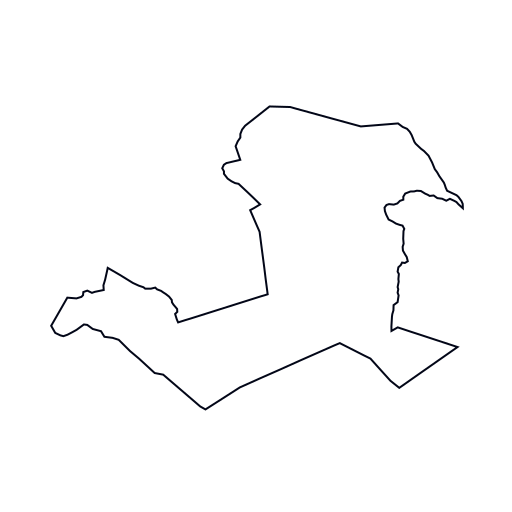 outline of Pesqueira, Pernambuco, Brazil, rotated 84°
{"feature_id": "56859067B17199071441830", "entity_name": "Pesqueira", "entity_type": "district", "adm_level": 2, "iso_a3": "BRA", "parent_name": "Brazil", "parent_adm1": "Pernambuco", "projection": "natural_earth1", "projection_center": [-36.75, -8.43], "detail": "fine", "context": "isolated", "style": "outline", "palette": "ink", "viewbox_px": 512, "rotation_deg": 84, "n_neighbors": 0, "source": "geoboundaries", "source_scale": "gbopen_adm2", "svg_char_len": 2513}
<svg xmlns="http://www.w3.org/2000/svg" viewBox="0 0 512 512"><g transform="rotate(84 256 256)"><path d="M139.0,100.9L138.1,138.2L126.8,167.2L114.1,199.7L111.4,206.5L108.7,226.9L118.7,242.7L125.3,253.2L128.8,256.6L133.0,258.8L136.6,259.2L140.1,262.2L144.7,264.8L158.7,261.6L160.5,275.7L161.9,278.4L165.2,280.4L168.5,279.0L170.9,279.3L176.1,276.1L179.1,272.6L181.3,269.2L182.4,265.8L191.4,258.0L197.5,252.8L205.1,246.5L208.1,252.9L209.8,257.0L225.1,252.2L232.3,249.9L245.4,249.6L268.1,249.0L279.9,248.8L295.3,248.4L295.9,251.3L296.6,255.2L311.4,327.8L312.4,333.1L313.9,340.4L310.7,341.4L305.2,342.5L303.3,340.1L300.4,340.0L295.7,343.2L293.3,344.4L290.9,344.4L287.3,346.7L284.3,349.8L282.4,352.2L280.8,354.0L278.8,357.9L276.9,359.5L277.5,363.9L276.9,369.6L275.3,371.2L273.3,375.6L269.9,381.3L260.7,393.2L252.3,404.7L255.4,405.7L263.7,408.5L269.2,410.8L273.9,411.0L274.8,420.1L275.5,423.0L272.8,427.4L273.8,431.5L276.9,432.1L278.4,433.9L279.4,439.0L277.7,448.0L304.0,467.0L311.5,463.7L314.5,458.8L315.6,455.9L314.6,451.7L312.6,446.7L310.7,442.2L306.1,434.3L306.9,431.0L311.5,426.0L314.6,418.0L320.5,415.2L322.4,407.2L325.0,401.3L337.4,391.2L345.9,383.0L361.8,369.0L364.3,360.7L399.8,327.2L403.3,322.3L399.2,314.1L385.0,285.8L379.7,269.6L378.3,265.4L371.9,245.4L364.5,222.9L358.5,204.2L356.8,198.9L353.2,187.7L351.4,181.8L363.5,163.1L366.1,159.1L370.0,152.9L378.3,146.9L394.2,135.3L402.1,127.3L399.0,121.7L394.1,112.9L389.6,104.8L367.6,65.1L351.6,100.7L347.6,109.7L341.8,122.5L344.7,129.1L340.2,128.7L330.4,127.1L328.0,126.5L324.4,125.0L319.2,124.3L316.7,120.0L313.6,119.2L310.1,118.3L307.3,119.0L303.9,118.0L301.7,118.4L296.5,116.8L293.8,116.8L288.8,115.8L286.4,116.8L282.1,115.6L280.2,113.0L277.8,111.4L278.5,108.7L277.1,105.6L272.8,106.2L269.5,107.8L266.0,109.3L262.2,109.2L259.2,107.9L254.3,107.8L246.6,106.7L244.5,105.7L241.1,107.1L240.0,110.0L238.4,113.4L235.9,116.6L233.6,120.3L228.5,122.2L224.8,123.1L221.3,123.1L218.9,120.9L218.3,118.3L219.3,113.6L218.5,109.9L216.2,107.1L215.4,103.6L212.4,103.3L209.5,101.1L208.0,95.7L208.3,92.0L207.9,89.2L208.6,85.2L211.7,81.2L213.0,78.9L214.4,77.0L214.4,73.0L217.4,69.6L218.5,64.9L220.9,61.0L219.4,57.2L221.9,53.0L223.3,51.0L225.8,49.2L230.1,45.3L227.9,45.1L225.7,45.0L222.9,45.9L218.4,48.5L216.5,50.2L211.1,59.1L207.9,60.2L205.0,60.8L202.6,61.5L195.8,65.3L191.7,67.1L188.3,69.1L181.4,71.1L174.3,73.9L169.1,78.0L166.6,80.7L161.0,85.5L158.9,86.6L155.7,87.5L151.9,88.6L148.5,90.1L145.3,92.5L143.0,96.6L139.0,100.9Z" fill="none" stroke="#020617" stroke-width="2"/></g></svg>